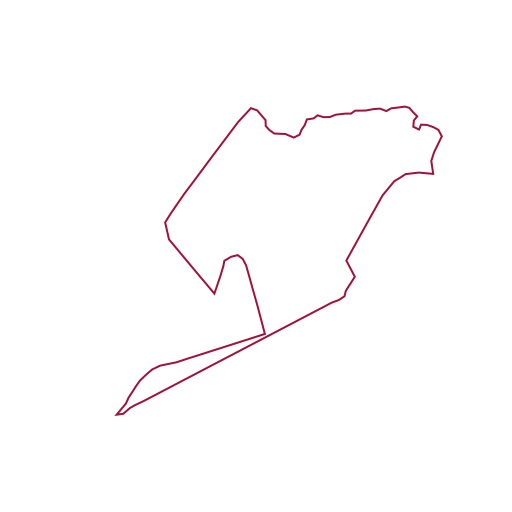 the district of Paranatama, Pernambuco, Brazil, rotated 307°
{"feature_id": "56859067B22250448263052", "entity_name": "Paranatama", "entity_type": "district", "adm_level": 2, "iso_a3": "BRA", "parent_name": "Brazil", "parent_adm1": "Pernambuco", "projection": "mercator", "projection_center": [-36.705, -8.893], "detail": "fine", "context": "isolated", "style": "outline", "palette": "rose", "viewbox_px": 512, "rotation_deg": 307, "n_neighbors": 0, "source": "geoboundaries", "source_scale": "gbopen_adm2", "svg_char_len": 1258}
<svg xmlns="http://www.w3.org/2000/svg" viewBox="0 0 512 512"><g transform="rotate(307 256 256)"><path d="M63.9,249.0L71.4,253.0L264.2,344.5L270.8,348.7L277.1,350.9L282.2,348.7L298.9,347.4L300.9,343.2L306.7,330.9L349.7,324.8L380.6,320.6L385.6,320.8L399.0,321.4L404.3,323.6L411.4,326.2L420.6,335.8L428.2,348.1L437.4,338.8L445.9,335.8L463.4,332.4L466.5,325.8L465.6,319.9L463.6,313.7L460.2,308.8L455.1,310.1L453.9,303.8L459.3,300.5L464.6,300.7L465.3,295.2L466.6,289.2L464.9,285.0L459.0,279.0L455.3,275.1L450.2,272.9L448.3,266.3L443.7,261.1L438.3,256.2L431.6,247.6L426.9,246.2L423.5,241.7L417.0,234.8L411.4,231.3L407.5,226.4L405.4,220.5L400.7,219.3L395.6,214.4L389.8,216.2L384.2,216.4L379.1,217.8L373.3,214.9L371.1,206.0L364.8,196.9L364.6,191.1L365.7,185.5L370.2,181.9L371.6,175.6L373.0,169.2L371.0,163.0L352.2,161.1L342.4,161.1L307.9,161.1L280.3,161.3L262.8,161.3L239.2,162.3L228.2,163.2L216.9,176.5L209.1,209.8L205.9,223.6L200.9,245.4L218.9,239.5L228.3,236.0L233.1,233.6L240.4,236.6L245.7,240.9L245.7,247.1L242.6,253.7L217.6,286.5L199.1,310.0L132.4,262.8L123.2,256.4L110.7,245.4L103.0,241.4L95.9,239.8L86.7,238.3L79.7,238.5L73.6,239.0L66.0,239.5L60.0,240.9L45.4,240.2L50.0,244.9L58.7,246.8L63.9,249.0Z" fill="none" stroke="#9f1239" stroke-width="2"/></g></svg>